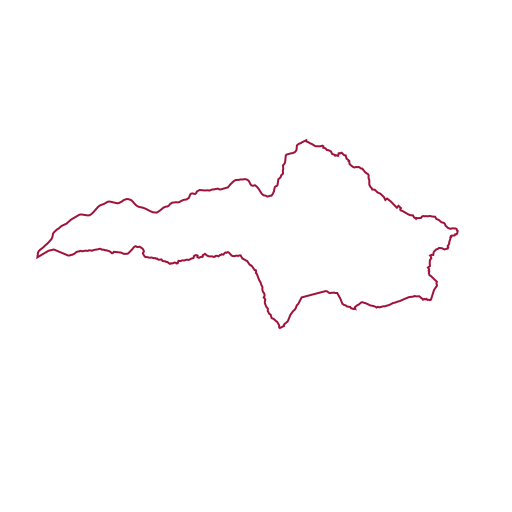 Boisoara, Vâlcea, Romania (Albers equal-area conic projection), rotated 235°
{"feature_id": "2599482B73820905312016", "entity_name": "Boisoara", "entity_type": "district", "adm_level": 2, "iso_a3": "ROU", "parent_name": "Romania", "parent_adm1": "Vâlcea", "projection": "albers", "projection_center": [24.415, 45.492], "detail": "fine", "context": "isolated", "style": "outline", "palette": "rose", "viewbox_px": 512, "rotation_deg": 235, "n_neighbors": 0, "source": "geoboundaries", "source_scale": "gbopen_adm2", "svg_char_len": 6155}
<svg xmlns="http://www.w3.org/2000/svg" viewBox="0 0 512 512"><g transform="rotate(235 256 256)"><path d="M322.0,363.6L322.8,358.6L322.7,357.4L323.3,355.8L323.2,353.3L322.9,352.7L319.8,350.2L319.0,348.5L318.8,347.1L319.4,344.7L320.3,342.9L321.5,339.3L321.4,338.2L316.0,333.5L315.0,331.5L314.8,330.1L311.7,328.3L310.7,327.0L308.0,325.4L307.6,322.9L306.3,321.1L306.1,318.4L301.7,314.2L301.5,313.5L301.8,311.4L300.9,310.0L298.7,307.8L297.5,305.9L296.5,303.3L297.2,302.3L298.1,299.4L299.8,298.6L301.4,297.0L303.8,296.4L309.8,296.7L312.5,296.4L314.6,295.7L315.3,293.7L316.6,292.7L317.6,292.6L321.8,293.2L324.0,292.3L325.4,290.9L326.6,288.5L327.6,287.3L328.0,286.0L329.9,282.9L330.1,280.8L329.3,275.8L328.3,272.4L330.9,265.0L331.8,264.0L333.1,263.4L334.7,259.7L335.6,258.3L336.4,255.2L337.5,254.2L338.9,251.8L342.4,247.7L342.7,244.8L342.4,243.9L341.8,243.2L341.7,241.6L343.6,240.0L344.3,238.6L344.1,237.3L342.1,234.4L342.2,231.5L343.6,228.6L344.1,225.5L344.1,224.3L344.8,222.6L345.8,221.5L347.8,217.8L347.8,215.3L347.2,213.4L347.4,211.8L348.2,210.3L348.7,208.0L348.3,203.0L348.5,199.5L351.0,196.6L354.1,194.7L357.7,192.9L360.5,191.0L363.5,188.2L365.1,187.3L367.1,186.7L372.2,186.1L373.8,185.6L375.1,184.6L376.4,183.4L377.0,182.3L377.7,179.6L377.6,177.4L378.1,173.9L378.7,172.6L384.1,167.8L385.0,166.7L385.5,165.4L385.8,161.6L386.8,157.9L386.9,156.4L386.8,154.7L385.2,148.2L384.7,144.8L384.9,142.9L385.7,141.5L390.2,136.8L391.1,135.1L391.9,125.5L391.2,119.3L392.1,114.2L392.0,112.4L391.7,110.3L391.9,108.4L391.3,104.2L390.8,102.7L388.0,99.7L387.1,98.0L385.9,92.6L385.5,88.7L385.1,86.9L384.9,82.5L384.6,80.8L383.7,79.2L380.3,76.2L379.3,89.1L377.3,94.1L363.9,102.6L363.2,104.0L363.1,105.0L362.5,105.8L362.0,108.8L362.3,111.2L361.7,113.0L361.1,113.9L361.1,115.0L359.5,116.3L358.2,119.4L356.6,121.2L356.5,122.3L355.5,123.7L354.4,124.6L354.0,126.5L352.0,130.7L351.5,132.2L350.9,132.9L349.8,133.2L348.4,135.0L347.1,135.7L346.9,136.4L344.4,138.3L343.1,139.1L341.0,139.5L340.7,139.8L340.6,141.1L341.0,141.9L336.3,147.3L333.5,149.0L331.8,151.6L331.5,152.3L331.5,153.3L332.5,158.5L333.2,160.8L333.3,161.9L333.1,163.0L331.3,163.9L330.4,166.0L327.1,167.3L325.2,167.2L323.9,166.7L323.3,165.0L322.2,164.7L319.8,164.5L318.5,164.8L317.7,166.0L315.7,167.8L314.7,169.5L312.8,171.1L311.9,172.4L311.1,172.6L310.6,173.5L309.9,173.5L308.7,174.2L307.4,176.6L305.6,176.6L304.6,177.4L303.7,178.7L302.7,179.0L301.9,180.0L299.1,180.8L298.7,181.5L298.8,182.3L298.0,182.9L297.3,185.6L296.2,186.6L295.5,186.6L295.1,187.2L295.1,188.0L296.3,189.2L296.5,189.8L295.2,191.1L294.7,193.1L293.3,194.9L293.2,196.1L292.5,197.5L291.3,198.7L290.9,201.8L290.2,203.6L291.6,205.3L291.4,206.8L290.6,207.9L290.0,208.4L289.6,208.3L288.9,207.4L287.5,207.9L287.2,208.4L287.0,209.8L286.0,211.7L286.1,212.1L287.2,212.8L287.0,214.4L287.1,215.4L284.5,216.1L282.6,217.3L280.9,219.8L279.3,221.0L279.0,221.9L279.3,222.4L279.1,223.3L278.6,224.1L277.2,225.1L277.5,226.7L277.0,227.7L277.2,228.8L275.9,229.9L276.5,232.6L276.2,233.3L275.5,233.7L275.4,235.1L274.5,235.7L270.4,236.3L269.5,236.7L268.2,238.3L267.4,240.4L266.3,241.4L266.1,242.5L265.4,243.7L261.6,243.4L261.1,243.9L260.2,244.1L259.4,244.8L258.3,245.0L257.0,245.9L252.4,245.8L251.6,246.5L250.9,246.4L249.9,246.9L245.3,246.8L244.5,247.7L243.1,247.1L242.2,246.2L240.8,246.4L234.6,244.8L231.9,244.6L228.9,243.7L226.9,243.5L225.3,242.2L223.5,241.4L222.0,241.1L220.8,241.3L219.6,240.9L218.4,240.1L217.6,238.5L216.2,238.8L214.7,238.5L213.9,237.3L212.3,236.2L208.6,235.3L206.0,235.5L204.1,234.0L202.8,234.0L201.6,233.6L199.5,234.3L196.1,233.2L194.3,234.4L191.4,235.0L189.9,235.6L185.9,235.2L184.2,234.0L183.7,234.0L183.3,234.3L182.6,238.8L183.4,239.1L183.9,240.2L184.3,244.6L188.1,250.5L189.6,254.9L189.8,257.0L190.3,258.3L192.2,261.2L192.6,263.3L195.9,269.6L187.4,292.7L186.5,293.8L183.9,294.7L183.1,295.4L182.8,296.3L181.2,299.0L180.3,299.6L179.1,301.3L172.6,300.6L167.5,299.4L165.6,299.9L164.0,301.2L162.5,301.5L160.3,303.9L158.5,304.0L156.3,305.8L156.2,306.9L156.0,307.0L157.3,307.4L157.4,307.7L157.6,310.6L157.3,312.1L157.6,315.8L157.1,316.6L153.9,319.1L149.8,321.4L147.7,323.5L146.1,324.6L144.6,325.2L144.6,326.4L143.0,327.9L141.9,331.2L140.8,332.8L140.1,335.4L139.5,336.6L138.9,341.2L138.0,343.3L137.5,345.7L136.6,347.8L135.8,352.3L134.5,358.0L132.3,361.9L132.4,362.8L131.0,364.1L129.3,366.7L126.2,367.4L125.5,367.9L124.4,367.8L124.2,369.3L123.4,369.7L123.1,371.1L121.7,371.2L121.0,372.5L120.0,373.3L119.9,374.3L126.1,382.4L127.9,387.3L130.0,388.0L131.1,389.4L139.7,387.7L140.5,387.1L142.8,387.7L144.1,389.2L144.9,388.9L145.8,390.2L147.9,390.2L148.0,392.7L150.9,394.5L153.0,396.2L153.5,398.3L155.5,399.0L156.5,398.9L156.3,400.5L155.2,401.8L157.2,403.7L157.5,404.4L158.0,407.4L157.5,409.1L157.6,410.6L155.8,412.7L153.2,414.2L152.4,416.8L152.1,417.2L152.8,418.4L153.2,418.2L154.4,419.0L154.5,419.8L155.4,421.5L156.3,422.0L158.9,425.4L159.6,425.7L159.6,426.7L160.4,426.8L160.6,427.1L160.5,427.9L159.0,430.3L159.0,430.9L159.5,431.7L158.8,432.6L159.0,433.7L160.9,435.6L161.6,435.3L163.2,435.8L164.0,435.3L166.1,432.7L166.6,431.0L168.8,429.4L172.2,428.6L173.5,429.1L175.1,429.0L177.4,427.2L180.8,426.4L182.8,425.0L185.5,425.2L186.7,423.6L189.2,421.2L190.0,419.5L191.6,417.5L191.7,417.0L192.9,415.8L193.1,414.3L192.5,413.1L194.4,409.9L195.2,409.2L194.7,408.4L197.2,407.6L199.3,407.9L200.3,406.4L202.2,404.9L208.9,401.8L210.3,400.8L211.2,400.7L211.8,401.2L212.1,402.2L215.4,401.5L214.7,399.1L223.4,397.7L227.9,396.3L227.7,394.1L230.9,394.6L235.7,393.6L238.4,392.0L241.8,391.4L242.7,390.8L243.8,389.3L245.3,389.7L246.7,389.3L249.6,389.8L253.1,392.3L255.3,392.9L257.6,394.6L258.7,394.7L261.8,393.5L266.6,393.2L267.1,392.4L270.1,391.2L270.6,389.9L271.4,389.2L272.1,387.4L273.2,386.6L275.7,385.8L277.8,385.4L280.4,386.9L280.8,386.4L281.1,386.7L281.6,386.7L283.9,386.0L287.0,387.2L287.5,386.4L288.5,385.9L291.5,385.4L291.7,384.9L291.6,384.1L292.4,383.4L292.7,382.5L291.3,381.2L291.0,380.6L292.7,379.4L292.5,378.9L292.8,378.3L294.1,378.2L295.9,376.9L298.6,377.4L300.9,376.2L302.3,374.8L304.3,374.7L306.1,373.2L307.2,374.1L308.2,373.8L309.1,371.4L311.8,367.7L315.7,366.0L317.5,364.8L319.1,364.2L320.9,363.0L322.0,363.6Z" fill="none" stroke="#9f1239" stroke-width="2"/></g></svg>